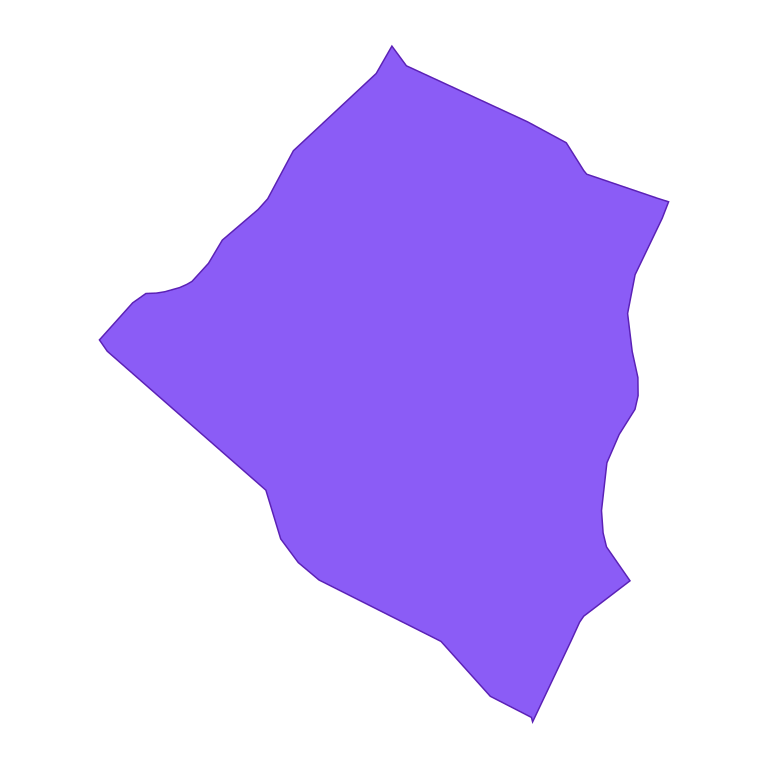 the Department of Carazo
{"feature_id": "NIC-654", "entity_name": "Carazo", "entity_type": "Department", "adm_level": 1, "iso_a3": "NIC", "parent_name": "Nicaragua", "parent_adm1": "", "projection": "natural_earth1", "projection_center": [-86.252, 11.738], "detail": "fine", "context": "isolated", "style": "filled", "palette": "violet", "viewbox_px": 768, "rotation_deg": 0, "n_neighbors": 0, "source": "natural_earth", "source_scale": "10m", "svg_char_len": 727}
<svg xmlns="http://www.w3.org/2000/svg" viewBox="0 0 768 768"><path d="M532.6,721.9L531.4,717.4L490.3,696.3L441.0,641.4L319.0,580.0L298.3,562.6L280.7,538.9L265.9,490.2L107.3,351.3L99.4,339.9L99.5,339.8L132.7,302.8L145.9,293.5L156.4,293.1L164.5,291.8L179.6,287.6L186.8,284.4L192.0,281.4L208.5,263.3L222.3,240.1L258.1,209.5L267.7,198.8L293.4,150.7L376.2,73.5L391.9,46.1L406.4,65.8L527.5,121.8L566.3,142.8L583.7,170.5L586.7,174.2L657.2,198.2L668.6,201.8L662.2,218.3L635.1,274.7L627.6,313.5L632.2,351.5L637.9,377.6L638.1,395.7L635.0,409.3L619.2,434.4L606.9,462.8L601.5,510.6L603.1,532.9L606.5,546.9L630.0,580.8L583.7,616.2L579.6,622.2L571.0,641.0L532.7,721.7L532.6,721.9Z" fill="#8b5cf6" stroke="#5b21b6" stroke-width="1.5"/></svg>